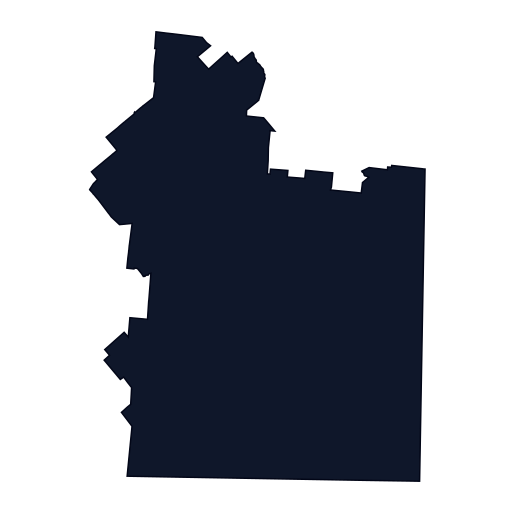 Diamantina, Queensland, Australia, rotated 271°
{"feature_id": "25037944B3552129947749", "entity_name": "Diamantina", "entity_type": "district", "adm_level": 2, "iso_a3": "AUS", "parent_name": "Australia", "parent_adm1": "Queensland", "projection": "mercator", "projection_center": [140.812, -24.577], "detail": "fine", "context": "isolated", "style": "filled", "palette": "ink", "viewbox_px": 512, "rotation_deg": 271, "n_neighbors": 0, "source": "geoboundaries", "source_scale": "gbopen_adm2", "svg_char_len": 4670}
<svg xmlns="http://www.w3.org/2000/svg" viewBox="0 0 512 512"><g transform="rotate(271 256 256)"><path d="M478.4,152.1L463.5,151.3L461.7,151.1L461.5,152.7L444.5,151.0L428.5,150.9L428.4,152.6L420.3,151.7L412.5,150.8L404.6,141.1L404.5,140.8L403.1,139.3L401.8,137.7L397.2,132.5L397.7,132.1L396.8,131.7L396.0,131.8L394.0,129.5L388.4,122.9L387.8,122.4L387.4,121.7L383.6,117.4L381.5,115.2L380.5,114.0L372.2,104.1L360.6,114.0L359.2,115.0L358.9,115.0L355.8,111.4L355.5,111.3L355.5,111.0L354.0,109.4L352.9,108.1L349.6,104.2L337.3,90.0L334.2,92.5L333.9,92.8L329.8,96.2L327.2,93.9L325.5,92.2L319.9,88.7L319.4,88.5L317.9,89.9L317.8,90.0L317.4,90.4L317.3,90.6L317.2,90.6L317.0,90.8L315.4,92.2L315.2,92.2L315.0,92.5L314.2,93.3L312.4,94.8L312.2,95.0L311.9,95.2L311.8,95.4L311.6,95.5L309.7,97.2L309.6,97.3L297.6,106.7L296.4,107.6L295.5,108.4L292.6,110.6L289.5,114.0L285.0,119.0L286.4,131.6L264.9,129.2L264.3,129.1L261.7,128.9L260.0,128.8L258.8,128.6L258.7,128.6L257.9,128.6L255.2,128.3L252.5,128.0L241.6,127.1L240.9,134.2L241.8,134.4L241.5,137.6L236.4,141.9L235.9,142.2L233.6,143.7L233.6,143.8L233.6,144.0L233.8,144.3L233.7,144.6L233.7,144.8L233.7,145.0L233.9,145.1L233.9,145.3L233.9,145.5L234.2,145.7L234.4,146.0L234.6,146.1L234.8,146.4L234.9,146.7L234.9,147.1L235.0,147.5L235.0,147.8L235.0,148.1L235.0,148.4L235.2,148.7L235.4,148.8L235.6,148.8L236.0,149.0L236.4,149.3L236.4,149.7L236.5,150.0L236.7,150.3L236.6,150.6L236.6,150.8L236.8,151.2L227.6,150.7L209.5,149.6L209.3,149.6L209.2,149.5L194.4,148.8L190.8,148.6L192.1,131.0L172.7,129.7L177.4,125.5L159.8,106.4L154.2,111.3L149.2,106.0L130.2,122.5L132.6,125.8L127.1,130.0L122.3,133.9L115.7,133.7L105.5,133.3L102.7,130.0L97.3,124.2L83.6,135.0L79.5,134.7L33.6,131.0L33.6,147.3L33.6,172.1L33.6,182.9L33.6,184.3L33.6,208.5L33.6,217.0L33.6,232.4L33.6,285.5L33.6,321.6L33.6,354.4L33.6,369.9L33.7,409.7L33.7,413.1L33.7,423.5L46.5,423.5L49.1,423.5L69.5,423.5L72.9,423.5L75.1,423.5L75.3,423.5L108.5,423.5L113.4,423.5L114.1,423.5L139.9,423.5L158.2,423.5L160.8,423.5L163.4,423.5L165.2,423.5L165.8,423.5L174.4,423.5L175.5,423.5L179.1,423.5L181.1,423.5L183.0,423.5L226.1,423.5L230.0,423.5L230.9,423.5L233.3,423.5L234.8,423.5L260.6,423.5L286.5,423.5L287.7,423.5L295.1,423.5L329.6,423.5L338.3,423.5L345.9,423.5L346.0,421.4L346.1,421.1L347.6,404.6L348.9,390.1L347.1,389.9L347.1,389.6L347.3,386.1L344.5,385.9L345.9,372.2L346.3,368.2L346.4,367.6L343.1,361.1L342.7,360.3L342.1,360.6L341.9,360.7L341.9,361.0L341.6,361.2L341.7,361.4L341.3,361.7L340.9,362.1L339.8,362.5L339.0,362.7L338.6,362.9L338.3,363.3L338.0,363.6L338.2,363.8L338.0,364.3L337.8,364.6L337.8,364.8L337.7,365.1L337.4,365.9L337.3,366.3L337.1,366.5L337.0,367.0L336.7,367.4L331.3,361.2L320.8,360.1L321.7,349.5L322.3,341.9L323.3,329.3L326.2,330.2L340.5,331.3L341.1,322.4L341.7,315.4L342.6,304.2L334.4,303.4L334.7,299.0L335.5,285.9L342.1,286.4L343.1,269.0L338.1,268.6L338.3,265.9L351.5,266.5L364.6,266.5L381.6,267.9L381.2,272.6L388.4,266.4L394.3,261.2L395.8,244.0L398.0,244.0L401.7,244.1L411.1,255.2L411.7,255.3L411.7,255.9L431.5,261.4L434.0,262.1L434.2,261.9L434.4,261.7L434.7,261.6L434.9,261.6L435.2,261.6L435.4,261.5L435.6,261.5L435.8,261.5L436.0,261.5L436.3,261.5L436.5,261.6L437.1,261.6L437.4,261.7L437.7,261.6L438.2,261.3L438.4,261.0L438.4,260.9L438.5,260.7L438.9,260.6L439.1,260.7L439.4,260.6L439.6,260.5L439.9,260.4L440.2,260.4L440.3,260.4L440.6,260.5L440.8,260.5L440.9,260.4L441.1,260.3L441.3,260.2L441.7,260.2L441.9,260.2L442.2,260.1L442.4,260.1L442.6,260.1L442.8,260.0L443.1,259.8L443.3,259.7L443.5,259.5L443.6,259.3L443.8,259.2L444.0,258.9L444.3,258.7L444.4,258.4L444.5,258.2L444.8,258.1L445.0,258.0L445.2,257.8L445.3,257.7L445.5,257.6L445.8,257.3L446.0,257.1L446.5,256.9L446.7,256.7L446.9,256.5L447.2,256.4L447.4,256.3L447.6,256.1L447.7,255.9L447.8,255.6L447.9,255.3L448.1,255.1L448.3,254.9L448.5,254.8L448.7,254.6L448.7,254.4L448.8,254.2L449.0,254.1L449.2,253.8L449.2,253.5L449.4,253.4L449.6,253.2L449.8,253.1L450.0,253.1L450.5,253.0L450.8,252.9L451.0,252.8L451.4,252.9L451.6,252.8L451.8,252.7L452.1,252.6L452.3,252.6L452.5,252.4L452.7,252.2L452.9,252.0L453.0,251.8L453.2,251.7L453.5,251.5L453.8,251.3L454.1,251.2L454.4,251.0L454.7,250.9L454.9,250.7L455.1,250.5L455.4,250.4L455.7,250.5L456.0,250.5L456.5,250.4L457.0,250.3L457.3,250.3L457.6,250.2L457.8,250.1L458.1,250.0L458.3,249.9L458.5,249.8L458.8,249.6L459.1,249.3L459.2,249.0L459.3,248.7L459.5,248.5L459.7,248.4L458.8,247.3L448.2,234.6L449.0,233.9L455.3,228.6L454.5,227.5L459.1,223.7L455.5,219.9L446.4,210.1L442.0,205.4L444.8,202.7L454.2,193.9L465.4,206.9L468.5,202.8L473.6,198.4L474.9,186.1L475.9,176.6L476.5,170.8L477.1,164.6L477.3,162.4L478.2,154.1L478.4,152.1Z" fill="#0f172a" stroke="#020617" stroke-width="1.5"/></g></svg>